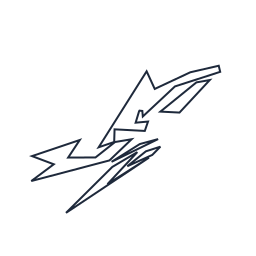 SVG path tracing the border of Nunavut, rotated 147°
{"feature_id": "CAN-634", "entity_name": "Nunavut", "entity_type": "Territory", "adm_level": 1, "iso_a3": "CAN", "parent_name": "Canada", "parent_adm1": "", "projection": "equal_earth", "projection_center": [-85.605, 67.518], "detail": "coarse", "context": "isolated", "style": "outline", "palette": "slate", "viewbox_px": 256, "rotation_deg": 147, "n_neighbors": 0, "source": "natural_earth", "source_scale": "10m", "svg_char_len": 714}
<svg xmlns="http://www.w3.org/2000/svg" viewBox="0 0 256 256"><g transform="rotate(147 128 128)"><path d="M66.0,137.3L109.3,129.6L106.7,134.5L108.9,136.3L109.6,136.0L118.7,128.3L107.7,122.5L115.5,116.4L140.0,134.2L147.2,123.8L163.1,127.8L81.5,165.4L84.3,146.2L45.4,140.8L18.0,130.8L20.1,124.9L66.0,137.3ZM194.3,135.8L171.3,121.0L146.5,123.3L131.1,116.6L161.2,110.9L238.0,136.2L210.0,138.0L223.8,156.7L175.0,144.2L194.3,135.8ZM226.2,90.6L162.4,103.9L133.3,102.7L175.8,92.1L126.5,91.7L226.2,90.6ZM33.3,123.7L76.4,112.9L91.9,124.1L45.8,129.0L33.3,123.7ZM111.0,94.7L122.3,92.2L149.4,96.3L125.7,98.7L111.0,94.7ZM108.8,102.3L160.2,108.6L126.8,108.1L108.8,102.3Z" fill="none" stroke="#1e293b" stroke-width="2"/></g></svg>